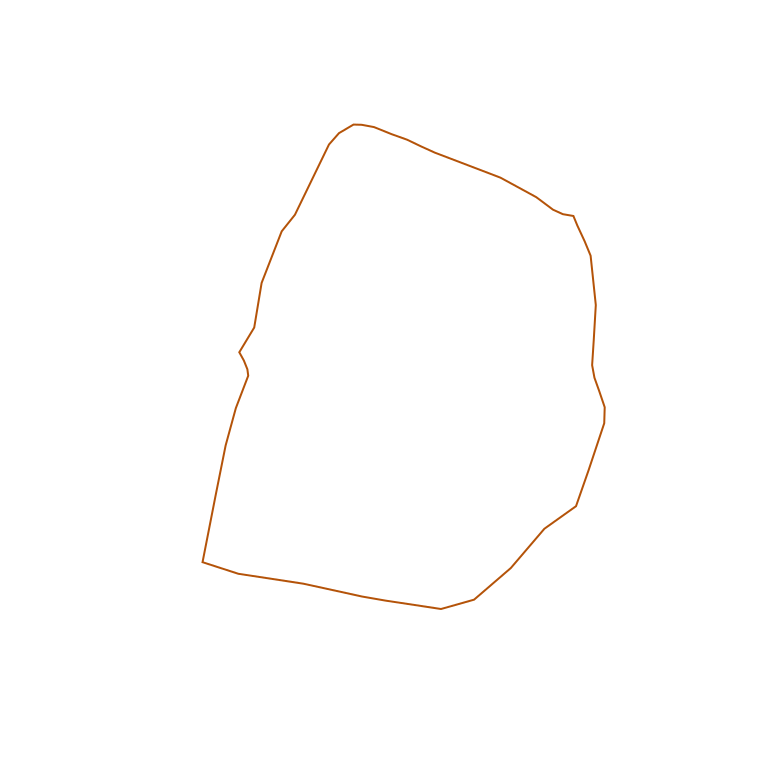 La Esperanza, Quezaltenango, Guatemala, rotated 52°
{"feature_id": "79465075B77884380500547", "entity_name": "La Esperanza", "entity_type": "district", "adm_level": 2, "iso_a3": "GTM", "parent_name": "Guatemala", "parent_adm1": "Quezaltenango", "projection": "orthographic", "projection_center": [-91.579, 14.877], "detail": "fine", "context": "isolated", "style": "outline", "palette": "amber", "viewbox_px": 768, "rotation_deg": 52, "n_neighbors": 0, "source": "geoboundaries", "source_scale": "gbopen_adm2", "svg_char_len": 729}
<svg xmlns="http://www.w3.org/2000/svg" viewBox="0 0 768 768"><g transform="rotate(52 384 384)"><path d="M598.5,307.9L577.8,275.7L550.5,234.6L538.2,224.4L521.9,218.7L508.6,214.3L497.3,208.4L479.0,192.1L452.2,168.5L410.1,142.2L395.0,138.0L378.2,134.1L368.2,131.3L360.3,138.5L350.7,143.5L330.5,149.0L293.1,165.2L233.0,201.5L219.8,208.4L205.7,215.4L191.8,224.2L175.4,233.7L166.0,242.0L160.8,248.3L158.6,265.0L161.4,279.9L195.8,350.0L200.7,370.6L229.0,418.2L259.6,451.5L269.9,478.5L279.3,480.0L288.3,482.6L293.9,485.9L311.8,515.6L334.9,546.6L367.8,584.9L412.7,636.7L443.9,615.6L491.7,570.5L537.9,532.2L555.8,516.0L596.4,477.6L609.4,445.8L607.1,397.4L596.8,346.7L598.5,307.9Z" fill="none" stroke="#b45309" stroke-width="2"/></g></svg>